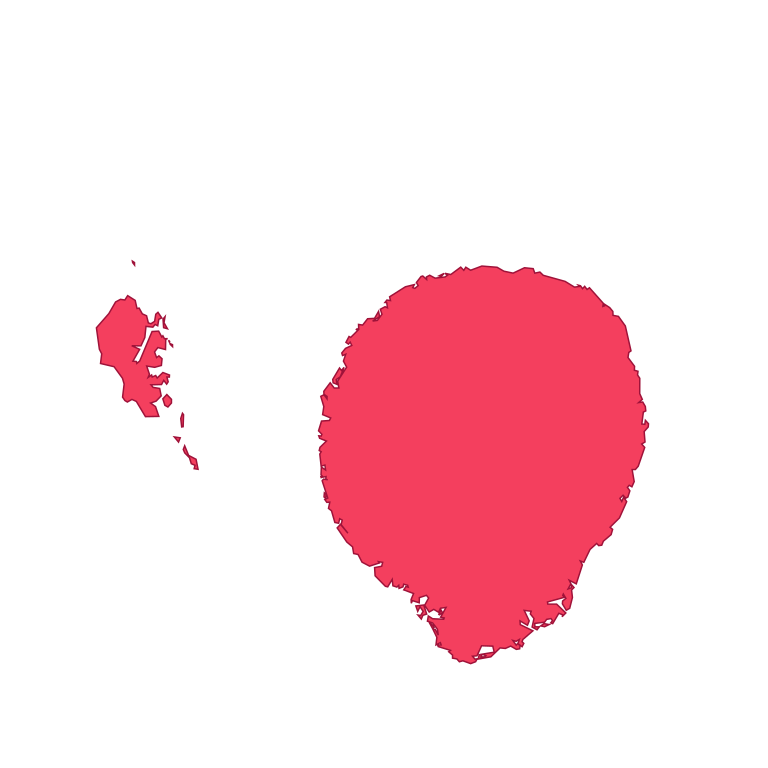 Gizo-Kolombangara, Western, Solomon Islands, rotated 33°
{"feature_id": "97153195B6288223256746", "entity_name": "Gizo-Kolombangara", "entity_type": "district", "adm_level": 2, "iso_a3": "SLB", "parent_name": "Solomon Islands", "parent_adm1": "Western", "projection": "mercator", "projection_center": [157.005, -7.99], "detail": "fine", "context": "isolated", "style": "filled", "palette": "rose", "viewbox_px": 768, "rotation_deg": 33, "n_neighbors": 0, "source": "geoboundaries", "source_scale": "gbopen_adm2", "svg_char_len": 6188}
<svg xmlns="http://www.w3.org/2000/svg" viewBox="0 0 768 768"><g transform="rotate(33 384 384)"><path d="M661.9,471.0L658.3,460.4L653.5,454.6L654.2,451.2L650.3,450.1L652.1,452.8L650.0,455.6L649.5,449.7L646.2,447.7L654.1,446.9L648.9,427.7L645.0,425.5L648.7,424.7L646.9,410.5L649.2,401.9L652.1,402.6L654.4,400.6L653.6,396.3L656.5,386.6L654.9,381.4L651.6,381.0L654.4,368.1L651.6,350.5L646.6,348.4L647.4,353.0L644.1,351.4L645.1,347.1L649.0,348.0L650.1,346.0L648.4,339.7L644.4,338.1L644.8,335.4L647.9,335.2L647.0,329.6L638.7,320.6L641.4,318.8L642.0,314.5L637.2,295.2L632.8,294.0L634.5,290.5L628.1,282.2L629.0,276.1L627.5,273.3L623.0,272.1L624.7,275.8L622.0,277.1L616.8,266.3L618.2,264.0L615.4,260.5L610.8,258.2L607.7,260.9L609.0,256.2L603.7,252.8L595.4,239.9L591.7,238.3L590.1,235.0L586.5,236.1L584.5,232.7L574.2,228.9L572.1,224.2L573.1,221.7L554.8,203.9L543.8,199.6L538.7,201.7L536.4,198.5L531.7,197.0L524.6,197.0L526.4,198.3L525.3,199.7L524.0,196.9L503.9,191.4L502.8,194.1L499.1,192.8L498.6,195.9L495.3,194.6L493.2,195.3L494.8,195.7L491.0,199.0L480.0,199.3L458.4,206.1L453.8,205.2L450.1,208.9L446.3,206.0L438.5,210.0L431.9,220.7L423.1,224.1L415.3,224.5L401.8,231.8L394.7,241.4L389.0,241.5L389.0,245.2L384.7,244.2L380.4,255.8L374.8,258.0L378.0,258.2L376.9,261.0L369.2,267.4L363.1,267.9L361.3,271.1L362.8,273.1L357.7,272.3L356.5,273.7L355.9,281.2L359.1,282.9L357.8,287.0L355.6,287.5L355.3,284.1L349.0,290.8L341.2,307.8L344.0,310.5L340.7,312.0L340.4,315.1L341.9,314.2L345.4,318.2L342.8,318.6L340.2,323.3L344.3,326.6L343.8,334.3L340.2,337.4L343.6,329.9L339.9,326.1L340.3,334.1L334.7,338.2L334.0,346.2L330.2,347.9L333.1,352.0L330.7,363.0L328.8,363.2L329.4,369.8L332.5,369.9L332.8,367.3L336.0,369.2L332.3,375.1L331.7,381.0L333.7,382.7L335.7,379.9L337.5,386.9L343.5,390.2L343.6,406.9L348.3,411.9L344.5,414.5L338.2,412.3L337.5,422.9L339.2,425.3L343.0,425.4L344.3,427.5L339.5,425.7L337.7,428.8L345.8,435.7L349.2,443.1L357.8,441.5L358.1,444.3L351.8,449.1L354.6,458.9L359.3,460.0L359.7,461.8L357.5,463.0L359.6,464.6L366.8,463.2L364.8,472.0L365.9,475.1L368.2,475.0L368.3,477.7L376.0,487.1L378.6,484.2L381.8,487.9L376.7,487.8L380.6,494.4L383.7,495.2L385.8,493.2L387.1,495.7L389.0,494.9L385.1,496.7L384.8,498.8L399.0,510.3L397.2,513.1L400.5,514.4L402.9,512.6L405.2,518.6L409.0,518.9L418.2,526.9L421.8,525.5L420.2,521.1L423.1,520.9L424.6,525.3L435.0,528.8L423.9,525.4L423.1,530.2L438.9,536.8L446.3,537.7L450.9,542.7L455.1,541.1L462.6,545.4L471.1,544.6L477.6,536.6L476.1,536.0L480.0,534.3L481.3,538.1L476.1,543.1L481.0,549.7L495.3,552.9L497.6,552.1L497.3,543.4L501.4,548.4L505.4,547.3L506.0,544.8L507.9,547.2L510.4,543.8L509.5,541.2L513.4,539.9L515.0,541.2L512.7,541.9L512.7,545.9L522.9,543.6L524.1,550.0L526.3,553.0L525.8,550.2L532.7,548.3L530.0,543.9L534.7,538.1L538.0,539.2L538.6,547.4L546.1,550.6L548.5,545.9L554.1,545.7L553.5,541.3L557.7,537.6L558.5,548.7L561.9,547.4L562.2,548.8L552.6,554.4L547.5,554.4L549.6,559.3L554.9,557.9L562.3,560.5L566.3,565.1L560.6,561.9L558.9,563.2L566.3,567.7L569.7,574.5L572.1,570.2L574.0,571.7L571.2,573.7L572.5,574.7L584.8,571.2L584.1,573.3L589.1,574.0L590.8,576.6L594.8,574.9L598.5,575.9L600.9,573.2L609.0,571.3L612.1,567.0L611.8,563.7L610.2,565.2L606.5,564.1L610.0,561.3L608.4,550.4L618.0,544.6L622.5,548.9L613.6,557.0L617.5,556.4L617.0,558.1L613.9,560.1L613.7,558.3L611.3,559.1L612.8,563.4L622.2,554.6L625.1,542.1L629.8,539.7L633.0,534.8L639.5,534.5L642.0,532.2L640.6,529.3L637.4,529.0L637.1,531.0L631.7,528.9L635.0,527.8L636.6,524.5L637.8,528.8L642.9,529.1L642.5,525.4L640.2,525.0L639.6,522.6L643.3,509.9L629.3,511.6L627.1,508.6L635.7,508.2L634.8,503.6L624.9,497.5L631.2,494.4L631.9,497.1L637.5,499.0L640.6,507.2L646.2,506.8L646.5,503.1L642.8,505.4L640.8,502.7L648.4,496.3L648.6,492.8L651.8,489.8L654.2,490.7L653.9,493.6L656.0,493.1L655.5,481.1L659.7,480.2L660.1,482.2L661.2,477.0L648.7,474.6L641.3,479.4L639.8,477.8L651.5,464.6L649.1,464.0L648.8,462.5L653.3,464.7L652.0,468.7L653.3,471.2L660.1,474.5L661.9,471.0ZM212.8,533.8L204.7,527.4L198.6,527.1L202.2,522.5L203.6,515.3L198.3,509.9L192.2,512.6L189.0,511.6L197.7,505.6L197.3,500.9L201.8,502.5L201.8,499.7L198.1,496.4L200.2,495.1L199.2,493.3L192.3,494.8L190.5,502.5L187.9,501.2L185.8,504.4L184.2,503.0L182.6,506.9L182.0,503.6L175.2,498.2L182.6,494.9L187.2,489.7L184.1,483.7L179.9,483.0L178.9,485.7L174.1,482.1L174.5,476.6L182.0,474.1L176.6,465.4L177.8,463.8L175.2,465.6L172.3,464.0L172.1,465.6L166.2,462.4L160.9,466.3L166.6,497.8L165.5,501.4L164.1,500.0L161.0,501.6L160.2,488.0L151.6,489.3L159.4,484.4L158.1,475.3L153.0,465.3L159.2,462.2L159.6,458.7L162.5,458.4L159.9,452.4L161.6,449.6L155.4,447.0L154.6,449.8L157.5,456.4L155.7,460.4L153.1,461.1L147.7,456.1L143.1,456.8L137.3,453.7L135.7,455.2L129.8,449.4L120.9,449.5L120.9,454.7L116.9,456.5L114.2,461.4L114.9,474.8L112.2,493.5L126.4,509.9L130.8,512.4L135.1,521.2L148.2,516.5L161.5,521.6L166.1,525.6L171.9,537.4L175.7,539.0L178.6,538.9L181.0,534.2L185.8,533.5L201.7,541.3L212.8,533.8ZM274.5,556.8L267.4,549.5L259.0,550.3L250.5,544.4L251.3,548.2L254.4,550.3L261.0,551.8L265.8,555.8L269.8,555.1L270.9,558.4L274.5,556.8ZM344.7,409.9L341.5,406.3L343.4,401.9L341.5,391.8L340.9,395.8L338.0,394.8L338.5,408.1L340.7,410.7L344.7,409.9ZM216.1,515.7L214.1,512.6L207.6,511.1L206.6,516.9L211.8,521.2L215.3,521.0L216.1,515.7ZM545.1,553.7L537.7,547.7L531.6,552.8L536.1,556.3L535.5,551.2L540.7,553.4L540.8,558.2L538.3,559.3L543.3,560.8L542.6,556.8L545.1,553.7ZM238.8,529.2L232.6,518.9L230.9,518.3L232.3,523.6L237.7,530.2L238.8,529.2ZM243.3,544.6L242.4,540.1L237.0,542.6L243.3,544.6ZM172.3,455.6L166.1,452.4L163.7,446.8L163.3,449.9L168.5,456.8L172.3,455.6ZM653.5,495.8L648.7,497.8L647.2,501.5L650.9,500.1L653.5,495.8ZM397.4,511.6L395.6,508.3L393.3,507.8L395.2,511.4L397.4,511.6ZM558.6,560.9L556.3,559.9L551.7,559.3L558.1,562.7L558.6,560.9ZM557.8,544.0L555.1,542.6L555.4,547.3L556.1,547.4L557.8,544.0ZM373.4,262.6L374.2,258.5L371.3,263.3L373.4,262.6ZM110.0,420.1L108.6,418.0L106.1,418.0L107.1,419.1L110.0,420.1ZM186.3,467.8L185.2,466.2L182.7,466.6L183.1,467.2L186.3,467.8ZM382.3,496.7L383.3,495.3L381.6,496.1L382.3,496.7ZM330.9,354.0L331.5,352.8L331.6,351.7L330.9,354.0ZM181.4,465.9L181.0,465.0L179.5,464.7L181.4,465.9Z" fill="#f43f5e" stroke="#9f1239" stroke-width="1.5"/></g></svg>